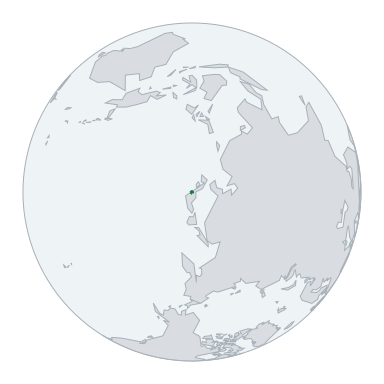 globe centered on Aichi, rotated 154°
{"feature_id": "JPN-1840", "entity_name": "Aichi", "entity_type": "Prefecture", "adm_level": 1, "iso_a3": "JPN", "parent_name": "Japan", "parent_adm1": "", "projection": "orthographic", "projection_center": [137.132, 34.981], "detail": "fine", "context": "on_globe", "style": "filled", "palette": "green", "viewbox_px": 384, "rotation_deg": 154, "n_neighbors": 0, "source": "natural_earth", "source_scale": "10m", "svg_char_len": 11834}
<svg xmlns="http://www.w3.org/2000/svg" viewBox="0 0 384 384"><g transform="rotate(154 192 192)"><circle cx="192" cy="192" r="169" fill="#eef3f6" stroke="#a8b0b8"/><path d="M302.5,298.5L302.4,299.3L302.2,299.5L302.5,298.5ZM330.3,94.9L328.5,93.5L332.2,97.8L335.2,102.4L334.4,101.4L332.6,98.5L328.4,94.7L327.9,96.5L319.4,91.6L303.5,79.6L305.2,78.8L301.2,76.5L298.8,77.5L298.2,78.9L281.2,75.5L271.7,82.7L274.0,89.2L269.3,84.8L277.2,100.6L275.5,109.2L274.2,97.0L271.6,93.9L268.8,98.2L265.4,96.1L262.2,97.1L258.5,94.3L258.0,87.9L255.6,86.1L253.7,89.3L248.9,88.9L251.9,84.3L243.7,83.2L241.4,73.3L252.7,65.1L248.3,58.8L251.4,49.1L247.9,48.3L246.8,44.8L242.4,42.7L244.3,41.9L239.1,41.1L238.3,42.3L235.8,42.4L233.1,41.4L235.0,40.1L236.6,40.4L235.8,39.5L237.8,39.3L235.3,38.9L237.9,37.6L231.4,37.5L230.1,35.4L232.9,35.0L237.8,36.8L256.2,41.6L260.5,42.5L261.7,41.6L253.3,35.6L255.9,36.2L255.8,35.7L252.0,34.3L250.8,34.3L243.7,32.1L243.0,32.8L240.0,32.2L237.3,32.7L232.2,30.8L228.8,29.0L230.8,28.7L229.3,28.0L222.9,27.2L222.4,26.0L216.7,24.9L229.0,27.1L241.0,30.3L252.8,34.4L264.3,39.3L275.3,45.0L285.9,51.6L296.0,58.9L305.6,66.9L314.5,75.6L322.7,85.0L330.3,94.9ZM339.3,182.7L337.9,179.5L339.7,179.9L339.3,182.7ZM336.4,178.8L337.0,179.6L336.3,179.1L336.4,178.8ZM335.5,179.2L336.1,178.9L335.5,179.6L335.5,179.2ZM334.4,180.2L334.9,179.5L334.4,180.2ZM332.2,180.6L331.6,180.7L332.0,179.7L332.2,180.6ZM298.5,79.9L299.1,77.8L302.4,77.9L302.4,79.8L298.5,79.9ZM291.7,80.6L291.0,78.7L295.6,80.9L294.5,81.3L291.7,80.6ZM276.4,94.6L277.5,92.3L277.5,95.4L276.4,94.6ZM262.4,97.8L263.1,99.2L261.1,99.2L262.4,97.8ZM240.3,33.7L238.8,33.2L240.1,33.3L240.3,33.7ZM240.4,34.5L242.9,35.0L243.4,35.5L241.8,35.2L240.4,34.5ZM253.6,95.0L250.1,94.7L253.6,93.8L253.6,95.0ZM237.3,33.7L243.9,36.3L244.6,37.2L239.4,36.7L237.3,33.7ZM248.1,93.8L239.7,93.6L240.6,96.6L233.3,88.3L242.8,91.0L246.9,89.3L246.1,91.8L248.1,93.8ZM239.2,43.1L240.0,41.8L241.8,43.8L239.2,43.1ZM241.0,44.4L250.3,51.3L247.8,53.1L245.2,50.2L244.0,53.5L238.2,50.9L237.6,48.6L240.3,47.9L236.0,47.5L241.0,44.4ZM230.5,83.9L228.5,83.1L230.6,82.8L230.5,83.9ZM234.9,42.6L237.0,43.7L235.0,45.3L230.5,43.4L232.6,43.4L234.9,42.6ZM246.5,55.8L244.2,56.8L238.9,54.9L237.3,55.1L237.9,51.1L246.5,55.8ZM231.7,42.6L228.2,42.4L226.7,40.9L232.8,41.7L231.7,42.6ZM236.4,46.5L235.3,47.2L234.4,46.2L236.4,46.5ZM219.5,35.9L222.0,36.9L221.2,37.7L219.5,35.9ZM227.0,42.4L227.6,43.0L227.5,43.5L225.0,43.1L227.0,42.4ZM234.1,50.1L232.4,49.3L233.6,51.7L229.7,50.6L230.8,48.2L228.7,48.8L227.5,48.5L229.7,46.9L234.1,50.1ZM222.3,44.3L222.4,41.3L217.8,39.1L218.4,38.2L225.6,41.9L222.3,44.3ZM226.5,45.9L224.0,44.7L226.0,44.1L228.9,44.6L226.5,45.9ZM226.6,50.8L232.4,53.1L231.9,53.6L226.6,50.8ZM220.6,43.8L220.6,44.6L220.1,43.7L220.6,43.8ZM224.3,48.7L226.4,49.4L225.9,49.9L224.3,48.7ZM219.0,45.6L219.0,44.6L220.9,44.8L219.0,45.6ZM221.1,47.1L219.9,47.7L221.6,45.5L222.1,47.3L221.1,47.1ZM223.5,49.1L223.8,49.6L222.7,48.8L223.5,49.1ZM211.5,45.6L213.3,42.8L217.6,43.2L215.3,45.8L211.5,45.6ZM63.8,82.0L64.0,81.8L54.2,95.0L51.0,101.6L58.9,94.6L64.2,83.4L70.2,77.3L70.0,82.4L66.1,93.2L68.3,91.2L75.0,81.3L78.5,81.2L77.8,77.8L74.9,81.1L74.4,79.3L77.1,76.3L78.2,76.2L80.6,72.7L74.7,74.6L71.1,78.1L74.7,71.9L69.0,77.4L68.4,77.3L77.9,68.2L80.2,66.4L94.2,55.1L92.0,56.2L78.7,67.2L80.9,65.0L77.9,67.4L82.0,63.9L97.1,52.3L100.8,49.8L120.0,39.2L122.9,37.8L118.4,40.0L120.5,39.0L116.5,41.2L117.1,42.1L114.0,44.4L120.3,42.9L119.5,44.1L116.0,44.5L111.9,46.4L104.8,53.4L105.2,54.2L109.9,52.9L107.4,55.3L112.8,53.1L111.7,57.1L117.6,50.6L123.3,49.6L125.9,51.3L128.9,50.0L124.5,47.2L121.8,47.3L117.8,49.1L111.4,49.1L112.6,47.2L123.3,43.3L126.0,40.4L133.1,39.3L140.5,46.4L140.5,50.8L127.6,60.2L124.1,59.5L127.0,55.7L118.7,60.2L122.0,59.3L119.9,61.6L124.8,61.7L123.6,63.3L130.4,60.9L129.4,62.9L125.1,64.4L131.5,66.9L131.0,71.3L133.1,71.2L135.4,69.8L133.3,76.7L134.9,76.4L136.2,73.9L140.2,71.6L146.6,70.5L145.5,73.0L143.1,73.7L136.4,79.2L130.1,81.1L130.3,82.1L135.5,81.0L143.7,74.3L147.8,72.9L144.4,76.3L145.9,74.9L147.6,75.1L148.3,77.7L152.3,74.2L172.5,74.1L175.9,79.6L170.6,82.2L183.6,86.2L186.3,93.0L187.5,90.6L194.6,91.4L193.8,89.3L194.9,88.2L212.6,90.7L216.0,93.5L224.9,92.7L225.6,91.6L223.6,89.4L233.3,88.3L240.6,96.6L238.8,98.6L244.6,102.8L239.8,107.1L238.4,112.9L229.7,115.8L229.4,120.5L231.8,121.7L233.1,129.3L227.8,141.8L221.8,126.5L227.8,108.8L224.5,115.3L222.2,112.5L219.1,114.1L217.0,119.0L218.7,120.4L199.7,122.9L188.6,134.9L196.8,136.3L199.7,141.7L194.2,158.8L170.3,176.9L173.9,186.0L172.7,190.9L166.2,192.4L167.9,185.1L163.4,181.0L165.3,177.0L155.6,177.5L157.9,171.8L149.2,175.4L150.1,180.9L157.8,182.2L149.2,188.3L154.2,198.8L152.3,208.8L135.6,221.6L122.2,222.3L120.8,225.0L116.8,219.8L109.5,223.2L115.4,243.2L114.5,247.8L103.5,252.5L103.7,249.0L93.0,235.1L89.5,245.2L97.5,258.4L100.2,270.2L93.4,263.9L90.9,253.2L87.1,248.0L89.2,239.0L88.2,222.7L81.4,221.9L82.9,216.2L80.5,200.8L71.3,199.0L56.0,205.1L52.2,218.6L47.7,221.4L46.5,195.3L50.0,180.4L47.0,178.5L47.9,161.4L42.2,147.4L43.6,142.9L42.1,141.7L43.1,133.8L46.1,126.8L45.7,124.1L38.2,142.8L38.9,146.0L42.6,144.4L40.1,150.1L39.5,159.1L32.2,164.1L27.5,155.7L30.7,144.8L46.4,108.4L48.0,106.3L48.3,106.0L48.7,105.4L46.3,108.1L50.3,101.8L37.9,124.1L34.1,132.4L27.3,156.0L27.1,156.5L26.0,162.7L27.1,169.7L26.3,172.9L23.5,182.8L23.2,184.5L24.2,172.1L26.1,159.8L29.0,147.6L32.7,135.7L37.3,124.1L42.7,112.9L49.0,102.1L56.0,91.8L63.8,82.0ZM58.2,110.3L58.4,117.4L64.9,108.8L65.5,110.9L67.5,107.4L65.4,108.2L71.2,99.2L73.7,100.7L77.1,97.8L77.2,95.3L71.7,94.2L63.3,106.7L60.4,107.5L58.2,110.3ZM136.2,33.2L132.8,34.5L131.3,34.7L135.3,32.9L137.5,32.4L136.2,33.2ZM128.2,36.3L137.7,33.7L135.6,35.1L135.2,34.7L132.9,35.9L131.5,35.6L120.2,40.0L118.2,40.6L126.7,36.2L125.1,37.1L128.5,35.7L128.2,36.3ZM165.7,28.1L169.8,28.0L159.9,31.0L157.3,30.9L161.1,28.7L166.5,27.7L165.7,28.1ZM226.7,32.8L228.9,33.3L228.4,33.5L226.1,33.3L226.7,32.8ZM220.7,36.2L216.5,31.2L218.8,31.4L213.6,28.7L217.6,28.3L220.9,30.0L220.1,27.9L224.7,29.3L223.4,28.0L230.3,31.7L234.3,33.2L228.2,31.6L224.4,31.8L224.0,32.4L225.8,35.2L232.6,38.9L229.9,40.1L226.2,40.0L224.1,39.3L226.5,38.7L222.0,38.2L224.0,36.7L220.7,36.2ZM184.0,43.3L187.6,41.9L179.0,42.5L180.8,40.4L179.7,40.6L179.0,38.9L176.3,37.3L177.9,36.4L176.1,36.2L175.6,35.2L173.8,34.7L176.0,33.1L173.8,32.5L176.1,32.1L171.8,31.5L176.0,31.3L175.8,30.3L171.9,31.0L188.3,25.9L191.9,24.5L192.8,23.7L199.7,24.1L203.4,25.4L204.6,27.5L200.1,29.1L204.1,29.2L203.1,30.1L200.3,29.6L203.9,30.9L202.4,31.5L203.4,34.6L209.6,36.6L210.1,38.0L207.0,37.6L209.7,39.3L204.1,39.5L204.3,40.6L199.0,42.1L192.7,41.0L193.5,42.3L189.5,43.8L184.0,43.3ZM209.9,45.9L201.9,44.6L199.1,43.0L209.5,41.1L210.1,40.1L216.7,39.3L220.7,41.8L218.5,41.8L217.2,42.4L216.4,41.3L216.1,42.6L213.0,42.7L211.9,43.8L209.6,43.0L209.9,45.9ZM80.7,64.9L79.0,66.4L77.6,67.7L80.7,64.9ZM94.3,54.2L92.0,55.8L94.3,54.2L94.3,54.2ZM115.4,45.3L114.6,46.3L113.3,46.8L112.3,46.8L115.4,45.3ZM158.6,46.2L161.2,45.3L161.7,45.7L167.7,45.4L166.8,47.2L162.8,48.1L158.6,46.2ZM58.0,94.2L57.1,93.9L58.4,92.0L58.5,92.5L58.0,94.2ZM66.1,79.9L62.8,84.2L65.6,80.4L66.1,79.9ZM158.6,48.1L161.2,47.7L159.1,48.9L158.6,48.1ZM166.4,48.6L164.5,50.0L167.3,47.4L166.4,48.6ZM140.1,305.7L145.1,307.5L145.0,308.0L140.1,305.7ZM134.7,302.4L140.4,304.0L133.9,303.4L134.7,302.4ZM142.6,304.6L148.4,304.9L150.9,304.5L150.5,305.6L142.6,304.6ZM130.9,301.4L111.2,294.8L103.7,290.3L105.2,288.7L117.4,293.8L130.9,301.4ZM104.6,288.4L93.4,277.3L79.8,250.6L84.6,253.6L99.3,272.7L98.3,274.3L105.0,282.3L104.6,288.4ZM132.6,286.3L131.6,291.9L120.6,288.0L115.6,285.4L112.2,276.4L114.1,273.0L118.1,274.6L134.6,265.7L140.2,270.7L134.8,275.2L139.4,281.9L132.6,286.3ZM52.4,220.4L53.7,230.9L51.4,230.4L52.4,220.4ZM142.2,257.5L134.9,261.9L141.9,255.2L142.2,257.5ZM146.8,250.4L146.8,253.8L144.5,249.9L146.8,250.4ZM119.8,229.6L115.6,228.8L115.9,226.4L121.6,226.0L119.8,229.6ZM150.8,217.2L149.2,224.2L147.8,226.4L146.7,221.6L150.8,217.2ZM154.5,65.8L147.2,63.9L141.4,64.3L137.1,67.1L140.0,62.6L149.0,61.9L154.5,65.8ZM170.4,72.7L174.1,70.6L174.6,72.4L173.8,73.1L170.4,72.7ZM171.1,70.8L171.6,66.8L175.1,66.3L174.0,69.5L171.1,70.8ZM164.8,56.6L162.7,55.8L164.4,54.8L164.8,56.6ZM265.1,342.7L268.0,341.8L263.5,344.5L256.9,347.6L249.6,350.3L265.1,342.7ZM211.0,356.7L209.0,355.1L216.7,354.5L215.0,356.1L211.0,356.7ZM269.9,340.0L273.9,337.1L273.6,335.0L275.2,336.3L280.4,334.2L269.9,341.0L269.9,340.0ZM177.4,346.5L146.7,346.4L139.4,344.0L140.0,342.1L130.8,332.5L133.1,333.3L130.0,327.1L147.4,326.2L159.5,318.1L170.7,320.5L178.2,313.4L190.2,315.2L187.4,321.4L200.7,326.3L207.6,312.4L217.7,327.4L228.7,331.8L234.2,339.2L221.9,351.1L213.0,353.5L210.3,352.7L206.9,353.8L200.1,353.4L194.6,350.1L191.3,351.0L193.7,348.5L189.2,350.6L184.9,348.1L177.4,346.5ZM263.8,320.7L266.0,320.6L270.2,321.9L266.5,322.4L263.8,320.7ZM296.8,303.6L298.2,304.1L295.7,305.4L296.8,303.6ZM302.2,299.5L299.2,301.2L302.5,298.5L302.2,299.5ZM273.5,310.5L274.8,311.1L273.9,311.6L273.5,310.5ZM272.5,310.4L273.6,308.8L273.7,310.2L272.5,310.4ZM261.0,304.5L262.2,303.5L262.8,304.0L261.0,304.5ZM152.7,309.2L159.6,306.3L163.6,306.6L152.7,309.2ZM259.0,303.1L255.8,303.4L256.0,302.5L259.0,303.1ZM259.0,301.1L258.5,300.0L260.8,302.5L259.0,301.1ZM252.7,299.2L256.7,300.9L252.3,299.5L252.7,299.2ZM250.4,299.7L247.6,299.1L247.8,298.7L250.4,299.7ZM220.7,303.0L230.9,310.0L223.1,310.0L214.2,305.5L208.0,309.6L193.4,308.1L196.5,305.7L194.3,301.4L179.8,298.3L176.9,295.2L181.9,294.0L172.5,290.5L182.7,290.6L187.1,296.8L192.9,292.9L203.4,294.8L213.9,297.2L222.7,301.4L220.7,303.0ZM183.2,303.0L184.9,303.2L183.4,304.7L183.2,303.0ZM242.3,296.5L246.3,298.8L245.9,299.5L244.0,299.3L242.3,296.5ZM224.6,300.4L233.9,295.6L236.2,295.6L230.1,301.0L224.6,300.4ZM231.5,292.7L236.0,293.2L238.5,295.7L237.5,296.4L231.5,292.7ZM162.3,294.8L162.0,296.3L159.4,294.6L162.3,294.8ZM165.6,294.4L173.5,297.4L164.9,295.6L165.6,294.4ZM142.7,284.1L144.9,288.4L151.7,287.6L146.5,289.8L151.4,297.0L149.9,298.9L145.0,291.3L143.7,297.7L140.7,296.8L138.8,290.6L141.7,284.1L144.7,281.8L157.2,283.3L142.7,284.1ZM165.5,289.8L163.4,285.0L165.0,282.3L167.2,285.1L165.5,289.8ZM157.8,272.9L152.9,266.4L148.0,267.4L158.2,262.0L161.2,269.1L157.8,272.9ZM154.2,260.1L149.6,261.0L154.6,257.6L154.2,260.1ZM148.6,258.9L148.5,254.9L151.9,256.3L148.6,258.9ZM156.5,260.8L158.0,254.5L159.4,258.7L156.5,260.8ZM148.1,245.9L154.7,254.1L145.4,249.0L146.7,236.2L150.8,236.9L148.1,245.9ZM181.8,198.5L181.7,194.5L185.9,194.4L184.8,197.1L181.8,198.5ZM199.5,191.4L187.0,193.1L177.0,194.8L179.3,197.1L175.7,203.1L173.0,196.2L181.2,190.4L188.5,190.4L191.0,185.1L197.3,182.4L198.2,175.5L201.4,173.0L202.9,179.4L199.5,191.4ZM198.2,172.5L202.0,160.8L209.2,163.7L210.0,166.9L205.2,171.0L201.7,169.2L198.2,172.5ZM205.0,158.9L201.6,157.1L200.0,138.7L201.5,135.7L206.5,150.6L203.6,149.8L202.7,154.0L205.0,158.9ZM228.3,84.5L228.4,83.2L229.7,84.6L228.3,84.5ZM194.3,87.0L196.0,85.9L197.5,87.3L194.3,87.0ZM201.6,83.5L198.8,82.7L202.2,82.5L201.6,83.5ZM192.3,81.2L197.8,81.9L191.9,82.8L192.3,81.2Z" fill="#d9dde1" stroke="#a8b0b8" stroke-width="1"/><path d="M192.8,192.9L192.7,192.9L192.5,193.0L192.0,193.2L191.9,193.1L191.7,193.2L191.8,193.1L191.9,192.9L191.9,193.0L192.0,193.0L192.2,192.9L192.3,192.8L192.4,192.7L192.4,192.8L192.5,192.8L192.4,192.7L192.5,192.7L192.4,192.5L192.2,192.5L191.9,192.6L191.7,192.6L191.6,192.4L191.6,192.2L191.6,192.3L191.5,192.5L191.6,192.8L191.4,192.7L191.4,192.4L191.2,192.2L191.3,192.1L191.3,191.9L191.4,191.7L191.3,191.8L191.3,191.7L191.3,191.8L191.2,191.9L191.0,191.7L190.9,191.6L190.9,191.3L190.9,191.2L191.0,191.1L191.1,190.9L191.3,190.9L191.5,190.9L191.8,191.0L192.0,191.1L192.3,191.2L192.5,191.2L192.6,191.3L192.8,191.3L192.9,191.2L193.0,191.1L193.0,191.3L193.3,191.3L193.5,191.4L193.6,191.5L193.5,191.8L193.4,191.9L193.3,192.1L193.2,192.2L193.2,192.3L192.9,192.5L192.8,192.8L192.8,192.9ZM191.2,192.3L191.3,192.4L191.2,192.4L191.2,192.3Z" fill="#22c55e" stroke="#15803d" stroke-width="1.5"/></g></svg>